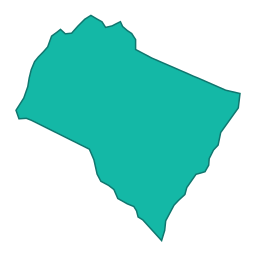 outline of Olho d'Água Grande, Alagoas, Brazil
{"feature_id": "56859067B53740067981783", "entity_name": "Olho d'Água Grande", "entity_type": "district", "adm_level": 2, "iso_a3": "BRA", "parent_name": "Brazil", "parent_adm1": "Alagoas", "projection": "equal_earth", "projection_center": [-36.798, -10.063], "detail": "fine", "context": "isolated", "style": "filled", "palette": "teal", "viewbox_px": 256, "rotation_deg": 0, "n_neighbors": 0, "source": "geoboundaries", "source_scale": "gbopen_adm2", "svg_char_len": 865}
<svg xmlns="http://www.w3.org/2000/svg" viewBox="0 0 256 256"><path d="M60.5,29.4L57.1,32.1L51.6,36.1L47.7,46.9L43.5,51.7L38.5,56.8L34.6,61.6L31.2,69.8L29.2,78.0L27.8,86.6L23.8,98.0L16.0,110.3L19.0,118.8L26.3,118.3L31.2,120.2L89.4,149.2L93.9,159.7L97.1,174.1L100.9,181.3L108.6,185.4L113.9,189.5L117.8,198.5L127.2,203.8L133.8,206.5L136.5,210.8L138.1,217.0L142.7,219.8L161.6,240.6L164.7,230.4L165.7,220.8L174.0,205.2L178.6,200.3L184.9,194.5L186.8,187.5L196.0,174.3L201.1,172.9L205.0,171.7L208.7,165.2L209.2,158.6L213.5,150.0L218.1,145.1L220.7,132.5L238.3,107.9L240.0,93.5L225.7,90.2L197.9,78.0L193.4,76.2L188.3,73.9L151.9,58.1L135.6,49.5L135.6,39.6L131.7,33.5L127.2,30.5L122.6,26.5L120.4,21.7L116.1,23.8L112.1,25.9L105.6,27.4L102.0,21.8L96.8,18.9L90.9,15.4L84.8,19.2L78.1,25.9L71.6,33.2L65.3,33.8L60.5,29.4Z" fill="#14b8a6" stroke="#0f766e" stroke-width="1.5"/></svg>